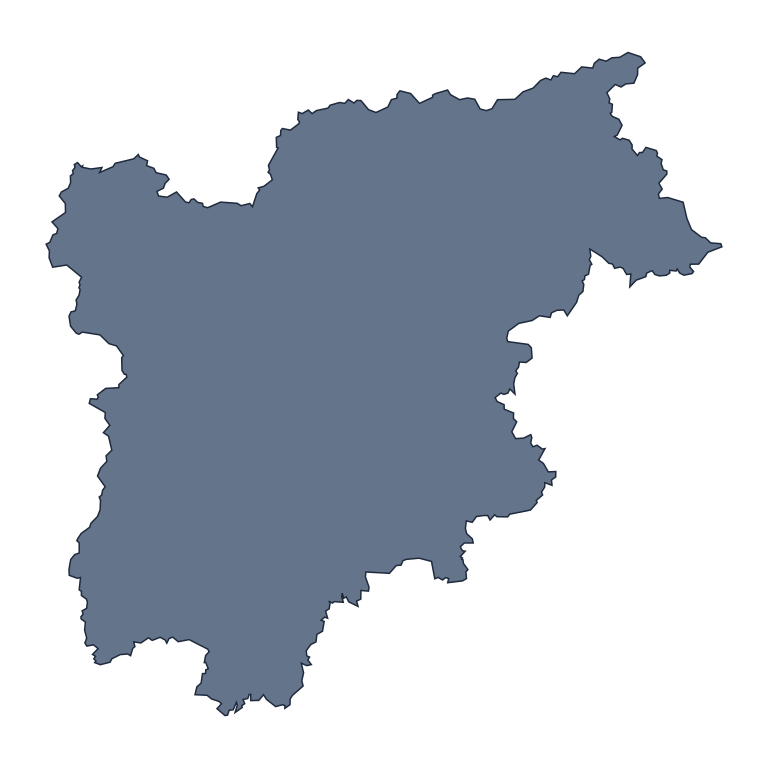 the district of Trentino-Alto Adige, Bozen, Italy
{"feature_id": "23120603B10307341449000", "entity_name": "Trentino-Alto Adige", "entity_type": "district", "adm_level": 2, "iso_a3": "ITA", "parent_name": "Italy", "parent_adm1": "Bozen", "projection": "mercator", "projection_center": [11.286, 46.382], "detail": "fine", "context": "isolated", "style": "filled", "palette": "slate", "viewbox_px": 768, "rotation_deg": 0, "n_neighbors": 0, "source": "geoboundaries", "source_scale": "gbopen_adm2", "svg_char_len": 6003}
<svg xmlns="http://www.w3.org/2000/svg" viewBox="0 0 768 768"><path d="M189.1,639.6L207.8,649.2L209.1,651.7L205.6,655.6L204.3,662.6L205.7,662.5L208.3,668.8L205.8,669.8L205.5,673.5L202.5,673.6L201.1,683.1L196.9,686.8L195.0,694.7L207.1,695.3L211.6,699.0L218.7,701.3L221.5,703.7L217.0,708.7L224.9,715.5L227.5,715.2L229.2,710.3L233.2,709.8L236.4,702.4L237.3,705.2L235.1,712.5L242.2,707.5L241.8,705.6L244.7,703.7L243.1,699.5L247.8,698.5L249.1,694.5L250.7,694.3L250.7,700.6L258.8,700.4L263.5,694.7L266.5,699.4L275.7,706.6L282.2,704.8L284.9,705.5L284.9,708.3L290.0,704.7L290.1,699.0L292.4,695.4L303.1,686.0L301.8,680.6L303.6,672.9L301.3,663.2L306.7,665.6L311.3,664.6L307.8,659.9L309.6,657.1L306.8,655.9L306.2,650.8L310.7,644.6L316.0,641.9L316.9,634.4L322.5,631.2L324.2,621.4L321.1,620.2L324.8,617.1L327.6,618.2L325.6,611.1L329.2,608.8L330.1,602.6L328.7,601.2L332.6,603.1L334.1,601.6L343.3,602.3L341.6,596.3L342.3,593.2L343.6,598.3L346.3,596.9L348.7,601.8L358.0,606.4L356.6,601.1L360.8,599.1L360.9,590.5L368.5,591.1L369.0,587.1L365.4,576.8L365.9,572.0L389.4,573.3L396.3,565.5L401.0,565.2L403.0,560.6L406.7,559.3L419.1,558.2L431.5,561.4L434.8,578.8L438.1,577.4L442.6,580.0L445.6,577.6L448.7,578.6L447.7,582.7L462.5,580.9L466.5,578.6L465.9,571.9L467.9,569.6L463.5,563.5L462.9,559.7L461.7,559.4L462.5,558.0L460.3,556.5L465.2,551.2L462.4,550.7L460.3,546.8L464.3,543.0L473.2,543.0L472.3,538.8L466.7,533.7L465.4,528.4L466.3,520.9L472.2,522.3L476.5,516.5L484.1,515.5L487.7,515.5L490.0,520.0L494.7,514.8L496.9,516.7L507.7,516.9L509.7,514.2L530.5,510.0L537.1,502.6L536.3,500.4L542.6,495.0L541.5,492.2L544.7,487.0L544.8,482.7L552.0,485.3L551.5,479.9L555.7,477.0L555.8,471.5L548.3,471.9L543.4,463.4L538.7,460.0L545.0,448.6L542.5,449.1L537.0,445.2L533.0,446.8L530.7,443.1L531.8,437.6L530.8,434.6L523.6,438.1L515.6,438.6L511.8,431.8L516.7,421.8L513.4,418.5L513.6,413.0L504.2,409.2L504.1,404.7L497.1,401.5L495.1,397.6L500.8,393.1L503.9,394.4L507.9,393.1L509.8,389.0L515.0,394.1L513.7,384.0L514.9,377.7L517.4,373.4L515.7,370.9L518.5,367.2L519.5,362.0L526.2,362.5L532.1,358.0L531.3,347.7L528.2,344.4L507.7,341.6L506.7,338.3L508.3,331.1L518.8,323.4L532.2,320.5L539.4,315.8L550.2,317.4L551.5,312.8L556.9,310.3L563.8,310.0L567.3,315.8L576.6,302.3L578.8,295.2L582.9,291.5L583.8,284.6L582.2,280.8L584.5,279.5L584.9,275.9L588.5,274.2L590.1,265.5L591.8,264.3L589.3,259.6L590.8,256.3L589.8,249.0L602.0,256.7L608.8,263.3L612.5,264.0L614.6,268.3L620.1,267.1L623.1,268.3L626.6,274.5L630.8,274.0L629.8,286.9L636.3,280.1L645.8,276.7L646.7,273.0L652.1,270.7L654.9,274.5L659.3,275.9L666.3,275.3L669.8,273.0L669.7,270.3L676.1,271.0L677.2,269.0L679.6,273.0L683.9,275.2L692.0,273.6L693.6,271.5L689.8,267.1L690.3,264.2L698.7,264.1L707.8,252.3L721.9,246.8L720.8,243.7L710.6,242.9L705.3,237.7L701.6,237.3L691.5,229.6L686.9,218.4L683.1,202.2L667.7,197.5L659.4,198.4L658.4,194.0L662.2,189.1L658.9,183.2L666.8,174.2L666.8,171.0L663.3,169.8L661.1,163.5L662.0,159.6L656.7,156.0L657.5,153.2L656.2,150.5L645.9,147.4L642.6,152.4L639.4,152.6L637.5,155.5L632.1,149.2L632.1,144.9L629.1,140.2L622.5,138.3L620.0,139.9L614.3,136.5L617.3,135.0L622.1,125.3L618.8,119.2L612.3,116.4L610.2,113.4L611.8,112.3L612.4,104.3L609.0,102.7L609.8,99.0L606.9,92.7L615.2,84.5L621.0,87.0L625.9,83.9L633.9,83.2L637.6,74.6L637.7,68.2L645.1,62.9L640.7,56.8L628.0,52.5L619.7,57.3L611.8,57.8L606.2,61.2L599.1,59.2L594.3,63.3L592.7,68.1L581.7,66.9L574.6,73.7L561.0,72.3L557.6,76.7L553.4,75.7L550.8,80.0L545.9,78.1L540.5,80.5L533.1,88.1L522.9,91.9L515.0,99.3L497.5,99.7L492.0,108.7L486.3,110.6L480.1,109.0L474.7,99.2L467.4,98.0L459.6,99.7L450.4,94.6L447.6,90.0L435.2,93.7L432.6,95.2L432.6,97.3L419.5,103.4L410.6,93.5L399.9,90.8L397.0,94.6L396.9,98.2L391.4,99.6L387.9,107.0L376.0,112.5L368.6,109.7L360.9,100.5L356.7,100.4L354.0,103.0L348.3,99.5L344.8,103.4L339.6,102.5L330.1,105.2L328.0,108.1L316.3,110.6L312.1,113.6L308.3,110.0L302.2,113.6L298.4,112.2L297.8,119.5L299.6,122.1L298.6,123.9L290.4,130.1L282.4,128.5L280.8,130.5L280.5,135.5L276.3,137.4L276.6,147.3L278.1,147.9L268.4,165.4L269.5,170.0L268.1,172.3L270.5,174.4L272.3,179.8L263.9,186.3L258.2,187.9L259.7,190.0L256.8,193.6L252.5,206.7L249.8,203.5L241.1,205.7L237.2,203.3L220.6,202.1L207.7,207.7L203.1,206.4L202.5,203.3L197.6,202.4L194.0,198.9L191.2,199.5L189.0,202.8L185.4,201.9L176.5,192.0L167.2,197.2L158.5,196.0L157.0,191.4L163.4,188.2L165.1,183.4L169.1,179.3L166.2,175.0L156.1,172.7L153.9,168.3L146.6,165.6L147.6,160.8L139.4,157.0L138.3,154.5L133.8,158.8L115.2,163.3L113.0,166.7L99.6,172.5L102.0,167.5L90.9,169.0L82.3,167.3L82.6,165.8L81.2,166.7L77.6,162.6L74.3,164.5L75.0,167.4L72.6,170.6L73.3,173.5L70.4,175.9L70.6,182.7L68.2,188.3L61.5,191.9L59.2,195.9L65.3,203.5L65.5,212.5L52.0,221.9L57.9,228.6L56.7,233.4L52.9,234.9L49.8,242.3L46.1,244.2L49.4,250.9L49.1,257.8L52.7,267.2L66.7,265.0L81.6,277.2L79.1,282.1L80.0,285.0L78.9,287.8L80.1,289.4L79.1,295.1L76.1,300.0L76.9,304.2L75.3,310.8L71.0,311.9L69.0,316.2L70.6,326.3L76.4,333.3L79.1,334.2L82.3,332.1L99.9,334.9L109.0,343.7L116.5,345.9L123.4,355.6L121.7,357.6L122.0,370.5L124.4,374.3L126.2,374.4L126.8,377.2L118.9,384.5L118.8,387.7L105.7,388.4L97.3,394.8L98.3,397.3L97.0,399.2L90.4,398.7L89.2,403.4L105.3,412.5L104.9,418.4L109.8,425.3L103.4,432.7L108.5,436.1L111.8,450.2L106.1,455.7L106.8,461.4L100.5,468.2L97.5,476.0L105.2,486.8L102.6,490.2L101.6,495.2L99.2,497.0L100.5,500.4L100.1,509.8L97.5,516.5L90.9,523.3L89.7,527.2L81.2,533.4L78.0,538.2L76.8,540.6L79.2,543.0L79.2,553.0L74.7,554.6L70.7,559.5L69.0,569.1L69.2,575.3L77.3,578.3L80.5,577.5L79.2,589.9L81.4,591.3L81.4,595.5L86.5,599.2L87.4,602.2L86.6,608.4L82.1,610.8L83.1,614.1L80.9,616.8L81.2,619.0L85.4,622.1L84.6,630.0L86.7,638.1L84.9,642.9L86.8,646.1L93.4,644.8L98.1,648.6L92.5,654.4L95.5,656.3L93.8,658.8L96.0,661.0L94.7,662.6L100.3,664.7L110.1,662.2L111.8,658.8L120.2,654.6L127.7,654.0L130.6,655.7L132.7,648.4L134.9,646.6L133.7,641.8L140.8,643.0L148.5,637.8L152.2,640.4L160.1,637.3L165.2,640.0L166.8,643.2L169.0,638.6L172.7,637.1L178.2,641.7L189.1,639.6Z" fill="#64748b" stroke="#1e293b" stroke-width="1.5"/></svg>